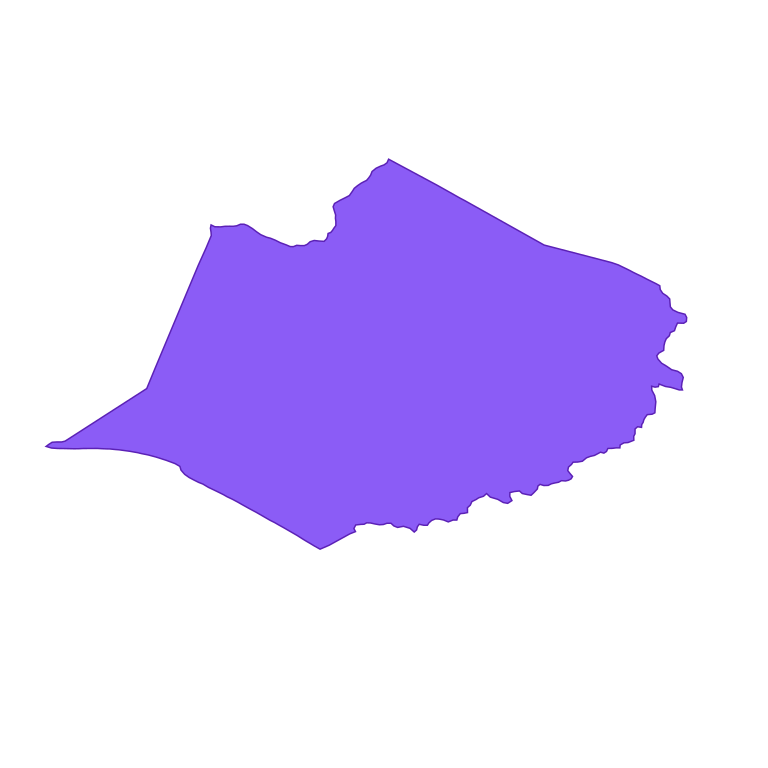 the district of Alcobaça, Bahia, Brazil, rotated 120°
{"feature_id": "56859067B73334653800996", "entity_name": "Alcobaça", "entity_type": "district", "adm_level": 2, "iso_a3": "BRA", "parent_name": "Brazil", "parent_adm1": "Bahia", "projection": "equal_earth", "projection_center": [-39.394, -17.469], "detail": "fine", "context": "isolated", "style": "filled", "palette": "violet", "viewbox_px": 768, "rotation_deg": 120, "n_neighbors": 0, "source": "geoboundaries", "source_scale": "gbopen_adm2", "svg_char_len": 3747}
<svg xmlns="http://www.w3.org/2000/svg" viewBox="0 0 768 768"><g transform="rotate(120 384 384)"><path d="M559.0,356.8L551.1,350.9L530.9,338.7L526.1,334.9L524.2,337.8L520.2,338.0L517.1,333.8L515.4,331.1L512.9,329.6L511.1,326.2L509.8,322.0L508.2,317.6L506.0,314.3L503.2,311.9L501.1,308.3L502.0,304.5L501.4,300.5L497.5,296.0L496.0,289.3L497.1,283.8L494.1,282.8L491.0,283.7L487.9,283.4L486.4,278.8L484.6,275.8L481.9,275.7L478.3,274.5L475.1,272.0L473.5,268.9L472.0,264.5L471.3,259.4L467.3,256.2L465.4,252.9L462.1,253.7L458.1,253.1L456.0,250.1L453.6,247.4L449.4,249.9L445.8,248.7L441.9,249.1L438.0,246.5L435.2,245.1L431.5,241.7L427.6,240.4L428.8,235.4L427.0,227.8L427.0,221.4L425.5,217.2L421.0,214.9L418.4,218.9L415.1,220.7L412.0,217.4L408.9,213.2L409.7,209.5L408.2,204.8L406.8,201.0L403.6,200.0L398.2,198.7L395.5,199.7L392.9,198.7L392.0,194.8L389.7,191.1L386.8,189.2L384.4,186.7L381.8,183.7L379.0,182.0L377.2,178.3L375.1,176.1L372.5,174.5L369.8,174.5L368.4,178.5L367.1,181.6L363.7,182.7L359.9,181.4L357.2,181.2L354.7,177.2L351.7,173.6L346.6,171.7L343.5,169.1L340.6,166.0L337.6,164.1L334.8,162.4L333.9,159.0L331.2,157.6L327.9,157.9L325.5,154.0L323.2,151.0L321.4,147.8L318.7,149.0L315.0,146.8L312.7,143.4L307.8,139.5L304.4,141.6L301.6,141.7L297.4,144.1L294.2,143.0L292.8,139.3L290.3,140.5L287.7,140.4L285.0,141.1L282.2,141.1L278.9,140.7L276.1,136.7L273.5,135.0L270.1,136.7L263.5,139.7L258.7,143.8L255.4,149.0L252.1,151.1L251.2,147.7L249.1,145.1L246.5,145.8L245.4,139.0L243.5,134.0L242.5,129.8L241.5,125.3L239.9,122.6L237.9,124.9L233.9,126.6L228.7,128.1L226.4,131.6L226.2,136.1L227.8,142.0L227.3,148.1L227.2,154.0L225.4,159.3L223.2,161.9L219.7,161.4L215.0,158.6L210.8,160.7L207.1,161.8L203.6,162.2L199.6,161.0L196.3,161.8L192.6,159.1L188.7,159.9L184.5,160.3L181.5,154.8L178.7,153.4L175.1,155.1L173.1,158.2L175.0,165.3L175.4,171.0L174.0,174.6L170.3,177.2L167.5,179.1L166.4,182.9L166.1,188.0L164.1,192.0L161.0,194.3L161.1,198.7L161.4,203.3L161.8,209.8L162.0,215.1L162.4,219.7L162.7,224.1L162.8,227.6L163.0,231.1L163.4,236.2L163.7,240.6L165.0,247.3L183.6,314.8L184.8,405.7L185.0,411.0L185.2,429.8L185.3,437.7L187.0,492.4L190.9,492.0L194.2,493.5L196.9,495.8L201.0,498.7L205.9,500.6L209.8,500.0L213.2,500.3L216.4,500.9L219.1,502.7L221.5,504.2L225.5,506.1L229.4,507.6L232.5,507.7L238.1,508.2L241.9,510.6L247.0,514.0L252.4,517.1L255.9,516.7L258.6,513.9L261.8,510.4L264.8,508.9L267.4,506.9L270.9,504.9L274.0,505.3L276.7,505.4L279.4,505.9L281.6,507.7L284.4,506.6L287.0,506.3L290.4,507.2L292.7,511.8L294.6,516.2L297.7,519.1L301.4,520.3L304.0,522.2L306.0,525.7L307.5,528.9L310.4,531.2L311.9,534.0L312.4,538.2L313.5,544.5L313.8,550.0L314.5,555.1L315.6,559.1L316.3,565.4L315.9,570.5L315.2,575.5L315.0,581.4L315.6,585.1L317.4,588.2L320.6,590.6L322.7,593.3L324.7,596.8L327.1,600.8L329.6,604.0L332.4,609.1L332.7,613.3L335.9,612.2L339.0,609.7L341.8,607.8L355.1,606.1L374.1,604.2L485.5,590.0L506.6,587.2L592.9,631.6L595.4,634.2L597.8,638.4L600.4,642.3L604.1,644.2L607.0,645.4L605.7,639.9L602.9,634.2L600.2,629.4L597.4,624.3L595.1,620.1L592.8,616.2L590.3,612.3L587.6,607.7L585.1,603.4L583.1,600.0L581.1,596.0L578.9,591.8L577.3,588.9L575.3,584.4L573.4,580.4L571.5,575.7L569.4,570.6L568.0,566.7L566.6,562.9L565.5,559.1L564.4,555.9L563.3,552.6L562.4,549.2L561.3,545.1L560.5,541.6L559.8,538.2L559.0,534.6L558.2,529.9L557.4,525.1L557.4,519.6L560.1,516.7L561.9,511.4L562.4,506.0L562.2,500.6L561.9,495.4L561.2,490.8L561.3,484.4L560.8,478.1L560.4,472.6L560.1,467.7L560.1,463.7L559.6,457.4L559.4,451.1L559.4,447.0L559.3,440.8L559.2,436.1L559.0,430.4L559.0,426.6L559.0,421.1L559.0,414.5L558.7,409.5L558.7,404.7L558.6,399.1L558.6,393.3L558.6,388.2L558.6,383.4L558.9,376.8L559.0,372.4L559.0,368.6L559.1,363.3L559.0,356.8Z" fill="#8b5cf6" stroke="#5b21b6" stroke-width="1.5"/></g></svg>